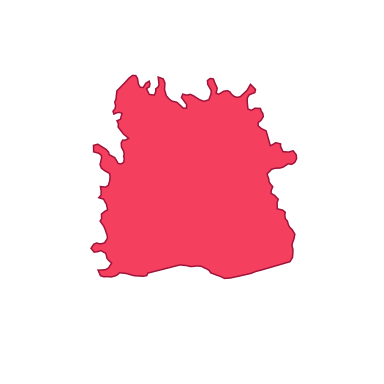 the district of Davinópolis, Goiás, Brazil, rotated 126°
{"feature_id": "56859067B54899657336116", "entity_name": "Davinópolis", "entity_type": "district", "adm_level": 2, "iso_a3": "BRA", "parent_name": "Brazil", "parent_adm1": "Goiás", "projection": "robinson", "projection_center": [-47.577, -18.114], "detail": "fine", "context": "isolated", "style": "filled", "palette": "rose", "viewbox_px": 384, "rotation_deg": 126, "n_neighbors": 0, "source": "geoboundaries", "source_scale": "gbopen_adm2", "svg_char_len": 2987}
<svg xmlns="http://www.w3.org/2000/svg" viewBox="0 0 384 384"><g transform="rotate(126 192 192)"><path d="M296.9,240.6L298.2,235.9L295.5,233.0L293.0,231.4L292.3,225.6L295.6,221.8L296.3,219.3L296.7,215.3L302.4,214.9L305.5,216.2L308.7,219.8L310.4,222.1L313.5,216.9L312.5,213.6L310.4,211.0L308.1,207.3L304.6,204.5L302.3,203.5L300.0,203.2L297.7,199.3L296.3,196.7L294.8,192.4L293.6,189.4L291.5,186.2L289.1,182.3L286.3,179.5L283.5,180.0L258.1,158.9L254.7,153.1L253.2,149.4L251.2,147.0L249.2,144.9L246.6,140.9L246.2,137.7L245.5,134.6L245.4,131.9L246.4,129.4L245.1,124.5L243.4,118.7L242.8,114.9L238.9,110.3L235.6,107.4L232.9,104.9L229.4,101.9L223.5,96.7L218.8,93.7L214.2,89.9L190.8,71.8L185.9,72.2L183.1,73.9L179.2,76.5L176.5,79.7L174.1,80.8L169.9,82.0L165.7,84.0L163.6,88.8L163.0,92.6L161.7,95.0L159.5,97.7L158.7,100.9L156.1,103.4L153.6,104.6L153.3,108.0L155.5,113.2L153.0,115.0L150.5,117.0L147.2,117.9L146.2,123.1L146.6,127.3L143.7,129.0L140.2,129.8L139.6,132.7L138.4,135.7L136.4,137.4L135.0,139.5L133.2,141.9L129.8,141.3L126.9,141.0L123.8,138.6L120.9,134.9L118.5,133.0L115.7,131.9L112.7,130.8L111.0,127.6L107.7,126.3L103.5,127.0L100.7,129.5L99.2,134.4L103.0,137.4L105.9,142.2L103.0,147.2L101.0,148.6L102.9,153.3L105.7,154.4L108.5,155.8L99.0,168.0L99.9,173.1L99.6,177.4L97.0,179.2L93.4,178.3L89.1,178.6L86.9,180.8L85.8,183.6L84.2,185.8L87.2,190.3L91.1,192.0L91.9,195.6L86.3,200.6L83.1,202.6L79.8,202.8L77.1,201.2L74.7,199.6L71.7,200.9L70.5,208.0L77.5,207.2L86.6,209.0L88.8,211.0L89.9,213.9L89.7,217.6L88.7,220.2L89.2,222.9L91.7,225.5L97.3,227.9L97.9,230.5L93.2,232.6L90.0,238.2L88.0,241.1L89.5,244.1L92.8,245.0L95.7,242.5L98.6,236.1L101.6,234.2L107.5,232.6L111.6,235.6L112.9,240.2L113.3,247.4L114.0,250.8L116.8,253.2L118.2,257.0L121.7,256.1L122.8,252.7L124.3,248.0L127.2,245.7L129.3,248.2L128.3,257.0L130.4,262.1L130.1,265.7L129.2,269.4L125.4,274.3L119.7,278.0L117.4,281.8L118.9,286.9L124.8,281.6L127.2,281.2L129.9,282.0L132.2,280.2L135.8,279.5L138.2,283.9L135.1,289.6L131.9,288.3L129.2,289.6L127.5,291.8L131.2,293.3L136.1,292.9L137.7,295.6L136.2,298.8L132.2,302.8L130.9,305.9L132.6,308.6L136.8,309.9L143.5,310.6L154.3,312.2L159.0,309.6L161.0,308.3L164.7,307.3L167.0,304.6L169.8,303.2L173.1,303.4L174.9,301.0L172.3,299.6L170.2,297.4L169.5,294.8L172.4,293.8L175.2,292.6L178.5,294.6L179.8,291.9L182.9,289.9L185.4,281.4L185.8,274.9L189.3,276.4L190.7,278.6L193.9,278.1L197.1,275.5L199.1,271.5L200.9,269.3L203.3,268.3L205.0,266.3L208.2,264.7L211.1,266.0L212.3,268.4L209.6,274.7L210.4,280.9L208.7,283.1L208.0,286.6L208.7,296.3L212.2,299.1L217.3,295.2L215.5,290.2L215.6,287.0L217.4,285.3L224.0,282.4L226.0,279.2L226.1,274.9L225.5,269.6L227.7,267.3L231.5,265.1L235.9,263.6L238.9,264.8L241.4,269.3L244.8,265.9L248.1,263.7L251.4,264.1L249.8,259.3L252.4,253.7L256.1,249.8L258.4,251.0L263.0,252.3L266.8,249.4L269.5,249.3L271.5,243.4L273.1,240.6L277.0,235.1L279.2,233.2L284.4,232.9L286.5,234.3L288.3,236.3L289.3,239.2L292.1,240.8L296.9,240.6Z" fill="#f43f5e" stroke="#9f1239" stroke-width="1.5"/></g></svg>